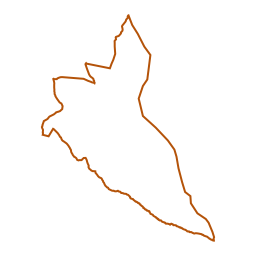 outline of Berekum West, Brong Ahafo, Ghana
{"feature_id": "2480657B54527757245703", "entity_name": "Berekum West", "entity_type": "district", "adm_level": 2, "iso_a3": "GHA", "parent_name": "Ghana", "parent_adm1": "Brong Ahafo", "projection": "mercator", "projection_center": [-2.676, 7.472], "detail": "fine", "context": "isolated", "style": "outline", "palette": "amber", "viewbox_px": 256, "rotation_deg": 0, "n_neighbors": 0, "source": "geoboundaries", "source_scale": "gbopen_adm2", "svg_char_len": 5561}
<svg xmlns="http://www.w3.org/2000/svg" viewBox="0 0 256 256"><path d="M213.9,240.6L213.6,238.5L214.1,237.2L212.4,231.8L208.6,222.7L205.8,219.0L197.4,213.3L190.9,203.3L190.4,196.1L185.1,192.0L182.1,182.1L178.5,168.3L176.5,156.7L174.4,149.6L167.9,140.5L155.8,127.7L142.9,116.0L138.7,98.6L142.9,86.0L147.3,79.5L150.4,55.0L144.3,46.6L137.8,33.9L132.2,25.0L128.5,15.4L128.1,15.6L128.0,16.0L127.7,16.4L127.7,18.0L126.6,19.1L126.2,19.6L126.0,20.2L125.7,21.2L125.5,21.6L124.7,22.6L122.9,24.9L122.5,25.3L122.2,25.8L122.1,26.1L122.0,26.5L122.1,26.9L122.4,28.1L122.6,29.3L122.6,29.7L122.5,30.5L122.4,30.8L121.3,32.1L121.1,32.2L121.0,32.4L120.9,33.5L119.0,35.7L118.6,36.0L117.0,36.5L116.6,36.7L116.0,36.9L115.7,37.4L116.0,39.4L115.5,39.9L114.6,41.0L114.7,42.9L114.7,46.6L115.2,53.7L115.2,54.0L114.4,56.4L113.3,59.8L111.6,63.6L109.9,68.3L86.4,63.6L86.1,63.2L85.6,63.8L85.5,64.4L85.6,64.9L85.9,65.4L86.2,66.5L87.1,69.1L88.5,72.8L88.8,73.7L89.2,74.6L90.2,76.2L91.2,77.1L92.5,78.0L92.9,78.4L93.4,79.0L93.6,80.1L94.1,80.8L94.2,81.3L94.1,81.9L94.0,82.1L94.2,82.6L94.6,82.9L94.5,83.2L94.0,82.8L92.1,82.4L90.8,81.8L88.0,80.8L83.6,78.8L63.4,77.2L62.3,77.1L61.1,77.1L60.2,77.3L59.2,77.6L58.3,78.0L57.8,78.2L57.4,78.4L56.8,79.1L54.1,79.1L53.8,79.0L53.1,78.2L53.8,80.8L54.0,81.5L54.3,83.2L54.2,84.8L54.2,87.6L54.4,89.9L54.3,91.2L54.6,92.4L54.6,93.5L54.7,94.3L55.3,95.3L55.5,96.4L57.3,99.2L58.6,101.0L59.6,102.4L60.2,102.8L61.4,103.5L62.6,106.1L62.2,109.1L60.0,111.1L58.1,111.8L57.4,111.9L55.9,112.5L55.7,112.9L53.8,114.4L49.2,116.7L49.3,116.7L49.2,116.8L47.5,119.0L43.8,121.1L43.7,121.6L42.4,125.3L42.5,125.6L42.3,126.3L41.9,127.0L42.0,127.5L42.6,129.0L42.9,129.5L43.0,130.3L42.9,131.4L42.8,131.9L42.8,132.6L43.0,132.9L42.9,133.6L43.0,134.1L43.0,134.4L42.8,134.8L48.6,136.3L53.1,128.8L53.7,129.1L56.5,131.9L57.4,132.8L58.1,133.6L58.5,134.3L58.9,134.8L59.4,135.5L59.5,135.7L59.6,136.1L59.8,136.5L60.3,137.1L61.0,137.5L61.4,138.8L62.0,140.0L62.6,140.7L63.6,141.3L66.5,143.4L67.0,143.9L68.2,145.4L68.6,145.9L68.8,146.4L69.0,146.8L69.5,147.3L69.8,147.8L70.0,148.5L70.2,148.9L70.7,149.4L70.9,150.0L71.2,151.9L71.3,152.2L71.9,153.3L72.2,153.6L72.6,154.6L73.1,155.4L73.4,155.7L74.3,156.9L74.8,157.0L76.0,157.9L76.4,158.3L76.7,158.9L77.2,159.9L78.5,160.4L78.9,160.2L79.3,160.1L81.3,160.1L81.5,160.1L81.8,159.9L82.6,159.0L83.7,158.0L85.6,157.9L86.5,159.6L86.8,160.4L87.1,161.7L87.7,163.5L88.6,165.4L88.7,166.0L88.5,166.9L88.6,167.5L89.4,168.9L90.4,169.6L91.3,170.5L92.5,171.1L94.4,171.2L95.3,171.3L95.3,171.7L95.6,172.7L95.6,173.0L96.5,174.0L97.2,174.9L97.7,175.6L97.9,176.0L99.2,177.3L101.1,178.1L101.7,178.6L102.1,179.7L103.0,180.9L103.2,181.9L104.0,182.8L104.7,184.6L105.6,186.0L106.5,186.7L106.9,187.3L108.0,187.7L108.1,187.8L108.8,189.1L112.1,190.7L113.3,190.8L113.7,190.7L113.9,190.8L114.2,191.0L114.6,191.2L115.3,191.3L116.1,191.3L116.8,191.2L117.2,191.0L117.6,190.8L117.8,190.8L118.0,190.8L118.5,191.4L119.0,191.5L119.6,191.6L120.3,191.8L120.3,192.0L120.8,192.6L121.3,193.0L121.7,193.0L122.8,193.1L123.1,193.2L123.4,193.5L123.8,193.6L125.0,193.8L125.8,193.8L126.2,193.9L126.6,194.3L126.8,194.5L127.1,194.5L127.7,194.8L127.9,194.8L128.3,195.0L128.7,195.5L130.0,196.7L130.1,197.1L130.0,197.3L130.1,197.5L130.3,197.6L130.3,197.9L130.6,198.4L130.9,198.5L132.1,198.9L133.0,199.1L133.6,200.0L133.9,200.1L134.3,200.4L134.7,200.9L135.2,201.1L135.4,201.2L135.6,201.6L136.3,201.7L136.4,201.9L137.4,202.2L137.5,202.3L137.7,202.8L137.8,202.9L138.2,202.9L138.5,203.2L138.8,203.3L139.3,203.3L139.5,203.5L139.5,203.8L139.7,204.2L140.2,204.7L140.5,204.7L140.6,205.0L140.9,205.3L142.0,206.2L142.4,206.3L142.7,206.8L143.4,207.4L143.6,207.7L143.5,208.0L144.3,208.3L144.6,208.9L144.8,209.1L145.0,209.2L145.3,209.5L145.7,209.4L145.9,209.5L146.0,209.7L146.4,210.1L146.7,210.2L147.0,210.3L147.0,210.5L147.2,210.8L147.4,210.8L147.8,210.7L148.3,210.9L148.6,211.1L149.2,211.1L149.4,211.3L149.6,211.8L149.5,212.2L149.6,212.3L149.8,212.5L150.1,213.0L150.4,213.4L150.5,213.8L152.2,214.5L152.8,214.8L153.4,215.8L155.2,216.9L155.7,217.0L156.1,217.7L156.3,217.9L157.2,218.2L157.4,218.4L157.3,218.6L157.4,218.8L157.8,218.9L157.8,219.1L158.1,219.2L158.3,219.2L158.3,219.5L158.7,219.9L159.3,220.1L159.7,220.4L159.9,220.5L160.3,220.4L160.6,220.3L160.8,220.3L161.0,220.5L161.7,221.2L162.2,221.8L163.0,222.0L163.8,222.3L164.5,222.4L164.7,222.7L164.9,222.8L165.2,222.8L165.5,223.1L165.5,223.3L165.6,223.5L166.0,223.7L167.9,223.7L168.1,223.8L169.5,224.2L169.8,224.3L169.9,224.6L170.1,224.7L170.3,224.6L170.8,224.2L170.9,223.9L171.0,223.8L171.2,223.7L172.8,224.3L173.2,225.0L173.4,225.2L173.8,225.2L174.3,225.1L174.8,225.1L175.1,225.1L175.5,225.4L176.1,225.4L176.4,225.7L176.7,226.2L176.9,226.2L177.2,226.2L178.3,226.7L179.0,227.0L179.3,227.3L179.6,227.2L179.9,227.2L180.1,227.5L180.3,227.7L180.9,227.6L181.4,228.1L182.0,228.1L182.3,228.4L182.5,228.6L182.8,228.7L183.0,229.0L183.8,229.3L184.2,229.5L185.0,229.7L185.4,229.8L185.6,230.0L186.3,230.4L187.0,231.0L187.2,231.3L187.4,231.4L188.6,231.4L188.9,231.5L189.1,231.5L189.2,231.8L189.4,232.0L189.7,232.0L190.0,232.2L190.9,232.0L191.3,232.1L191.6,232.4L192.0,232.5L192.5,232.7L192.8,233.0L193.6,233.2L194.0,233.5L194.5,233.5L195.7,233.2L197.0,233.3L198.8,233.6L201.7,234.2L201.9,234.5L202.2,234.8L202.4,234.9L202.7,234.8L203.2,234.9L203.7,235.4L204.0,235.6L204.2,235.8L204.8,235.9L205.4,236.2L206.6,236.5L207.3,236.8L207.4,237.0L208.1,237.5L209.1,238.3L209.3,238.6L209.5,238.7L209.8,238.7L210.0,238.9L210.5,239.3L210.8,239.5L211.1,239.5L212.1,240.0L212.3,240.2L212.6,240.3L213.3,240.2L213.4,240.4L213.5,240.6L213.9,240.6Z" fill="none" stroke="#b45309" stroke-width="2"/></svg>